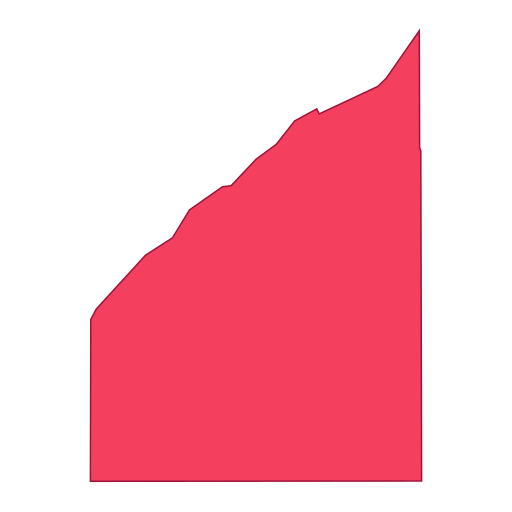 outline of Hamilton, Nebraska, United States of America
{"feature_id": "52423323B89942881395118", "entity_name": "Hamilton", "entity_type": "district", "adm_level": 2, "iso_a3": "USA", "parent_name": "United States of America", "parent_adm1": "Nebraska", "projection": "equal_earth", "projection_center": [-98.035, 40.936], "detail": "fine", "context": "isolated", "style": "filled", "palette": "rose", "viewbox_px": 512, "rotation_deg": 0, "n_neighbors": 0, "source": "geoboundaries", "source_scale": "gbopen_adm2", "svg_char_len": 377}
<svg xmlns="http://www.w3.org/2000/svg" viewBox="0 0 512 512"><path d="M420.8,150.8L419.6,147.5L419.3,30.7L386.2,78.3L377.8,86.4L319.2,113.9L316.7,108.9L294.7,120.9L276.3,144.3L256.1,159.2L231.0,185.8L222.5,186.7L189.5,209.9L172.5,237.8L145.6,255.1L96.2,309.1L90.8,319.5L90.4,481.3L93.9,481.3L421.6,481.0L420.8,150.8Z" fill="#f43f5e" stroke="#9f1239" stroke-width="1.5"/></svg>